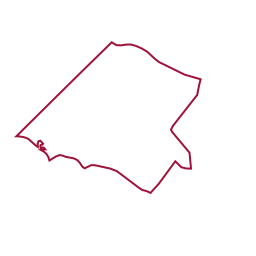 SVG path tracing the border of Al Ahmadi, rotated 136°
{"feature_id": "KWT-1665", "entity_name": "Al Ahmadi", "entity_type": "Province", "adm_level": 1, "iso_a3": "KWT", "parent_name": "Kuwait", "parent_adm1": "", "projection": "orthographic", "projection_center": [48.089, 28.9], "detail": "fine", "context": "isolated", "style": "outline", "palette": "rose", "viewbox_px": 256, "rotation_deg": 136, "n_neighbors": 0, "source": "natural_earth", "source_scale": "10m", "svg_char_len": 997}
<svg xmlns="http://www.w3.org/2000/svg" viewBox="0 0 256 256"><g transform="rotate(136 128 128)"><path d="M80.2,201.0L78.8,195.7L75.5,192.2L71.5,189.4L67.8,185.9L65.2,181.4L62.8,175.5L61.2,169.4L60.6,158.7L59.8,153.6L50.2,127.0L41.9,112.6L46.8,109.6L55.3,103.7L94.3,98.3L98.3,96.9L99.0,94.3L100.9,67.5L110.9,55.0L114.3,58.5L116.9,62.8L117.1,71.2L144.5,66.5L155.4,65.8L156.9,65.6L158.4,69.6L160.8,73.5L161.7,77.5L166.0,104.7L169.1,111.4L177.8,124.4L180.4,126.9L187.2,129.1L187.7,132.1L186.9,136.1L186.7,140.1L188.2,144.0L193.0,150.8L194.0,153.2L195.8,155.9L199.9,157.7L207.1,159.2L205.5,162.3L204.7,165.8L204.9,169.4L206.0,172.8L203.3,171.0L202.4,170.1L202.2,171.7L202.4,172.7L203.1,173.5L204.8,174.3L203.5,176.0L202.7,176.5L202.0,176.2L201.2,175.6L200.0,175.6L199.9,179.7L201.5,180.7L203.9,179.5L206.0,177.0L206.5,179.1L207.2,188.7L207.9,191.1L209.3,193.8L212.0,197.4L214.1,199.6L183.0,200.0L151.9,200.4L120.8,200.7L89.6,200.9L80.2,201.0Z" fill="none" stroke="#9f1239" stroke-width="2"/></g></svg>